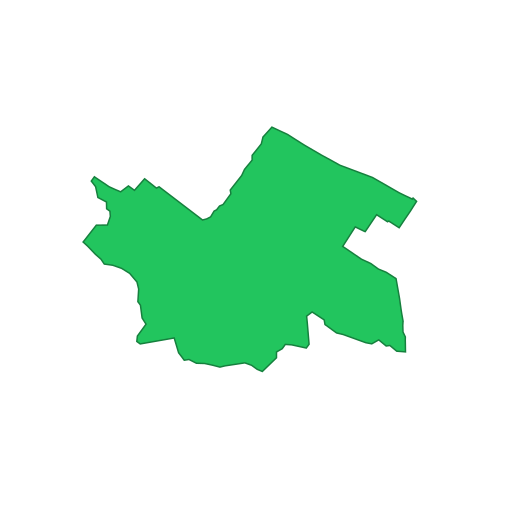 outline of Serhetabat, Mary, Turkmenistan, rotated 36°
{"feature_id": "10190150B87689177497329", "entity_name": "Serhetabat", "entity_type": "district", "adm_level": 2, "iso_a3": "TKM", "parent_name": "Turkmenistan", "parent_adm1": "Mary", "projection": "robinson", "projection_center": [62.585, 35.938], "detail": "fine", "context": "isolated", "style": "filled", "palette": "green", "viewbox_px": 512, "rotation_deg": 36, "n_neighbors": 0, "source": "geoboundaries", "source_scale": "gbopen_adm2", "svg_char_len": 2059}
<svg xmlns="http://www.w3.org/2000/svg" viewBox="0 0 512 512"><g transform="rotate(36 256 256)"><path d="M112.5,306.8L114.9,309.6L117.6,318.3L109.4,324.4L108.7,324.9L108.0,344.3L107.9,346.3L114.1,347.0L125.0,349.0L132.5,349.7L138.0,351.7L145.5,347.7L154.5,345.0L164.0,344.3L175.0,347.0L180.5,351.7L187.3,362.4L191.4,363.7L200.3,373.1L207.1,375.8L207.1,383.8L207.1,390.5L209.8,395.2L214.0,395.2L238.0,370.4L250.3,379.8L255.1,381.2L259.2,382.5L262.6,379.1L270.8,377.8L277.7,373.1L285.2,369.8L292.1,367.1L295.5,363.1L309.8,349.0L316.7,347.0L323.5,347.0L329.0,345.7L332.4,326.3L329.0,321.6L331.7,315.6L331.7,310.3L337.1,306.9L350.8,300.9L350.8,296.2L337.1,280.3L332.3,274.9L334.3,268.3L348.7,267.6L352.1,270.9L366.4,270.9L372.6,268.3L395.8,261.6L401.3,259.0L404.6,251.7L414.2,252.3L416.9,249.7L425.8,250.3L433.3,245.7L432.9,245.2L427.8,238.4L426.2,236.3L424.4,233.7L419.6,231.1L415.5,225.8L413.4,222.5L413.4,222.4L410.1,219.2L407.9,217.1L405.2,214.4L397.0,205.9L382.6,192.0L371.0,192.6L362.8,194.6L353.3,194.6L343.7,196.5L343.1,196.6L320.5,197.3L319.2,174.7L319.2,174.1L322.8,173.5L329.4,172.3L330.0,172.1L329.9,168.2L329.3,151.7L342.3,151.0L342.9,149.7L355.2,149.0L354.8,138.9L354.5,128.6L354.2,124.3L353.8,117.4L349.0,116.8L349.0,118.1L345.5,118.7L341.5,119.5L334.7,120.7L322.5,122.0L304.1,124.0L270.7,133.2L270.2,133.3L260.9,134.4L249.6,135.9L230.6,137.8L226.5,138.1L218.6,138.6L210.1,139.1L202.0,140.7L193.1,142.4L192.8,145.7L191.8,154.9L191.7,155.6L192.6,157.8L194.4,162.2L194.1,169.3L193.7,176.8L195.1,178.8L196.5,180.7L195.8,192.6L196.5,196.2L197.1,199.3L196.4,217.8L198.4,219.7L199.1,220.5L199.1,221.5L199.1,233.7L197.1,237.0L197.0,240.9L197.0,241.7L195.7,244.3L196.3,251.0L194.3,255.0L192.8,256.8L191.8,258.0L191.6,258.3L137.4,257.0L136.9,257.0L135.5,259.6L121.2,259.0L120.5,259.0L119.1,274.1L119.1,274.3L112.8,274.3L111.6,274.3L109.2,282.2L108.8,283.6L103.3,284.9L96.5,286.3L79.4,286.9L78.7,286.9L78.7,292.2L85.5,294.2L93.7,301.6L94.3,301.5L103.3,300.2L107.4,305.6L111.5,305.6L112.5,306.8Z" fill="#22c55e" stroke="#15803d" stroke-width="1.5"/></g></svg>